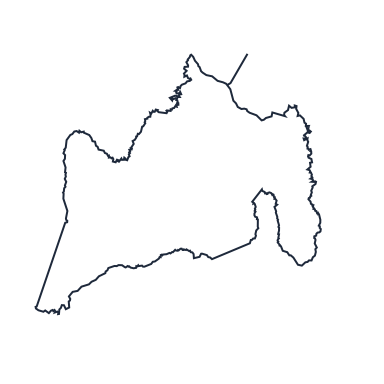 the district of Mufumbwe, North-Western, Zambia, rotated 101°
{"feature_id": "96606910B54849868159577", "entity_name": "Mufumbwe", "entity_type": "district", "adm_level": 2, "iso_a3": "ZMB", "parent_name": "Zambia", "parent_adm1": "North-Western", "projection": "orthographic", "projection_center": [25.2, -13.766], "detail": "fine", "context": "isolated", "style": "outline", "palette": "slate", "viewbox_px": 384, "rotation_deg": 101, "n_neighbors": 0, "source": "geoboundaries", "source_scale": "gbopen_adm2", "svg_char_len": 5953}
<svg xmlns="http://www.w3.org/2000/svg" viewBox="0 0 384 384"><g transform="rotate(101 192 192)"><path d="M59.1,216.6L57.4,219.0L58.1,219.7L60.2,220.0L62.7,221.5L63.4,221.1L65.6,222.3L68.4,220.0L69.7,219.8L70.6,223.1L72.5,223.3L74.1,220.4L77.3,222.5L78.4,221.7L80.3,221.5L78.6,219.2L80.9,217.7L81.4,216.1L80.8,215.2L82.0,214.2L83.4,215.4L84.3,217.9L86.6,219.1L88.6,222.4L90.1,223.4L92.3,223.6L91.6,225.6L92.1,226.3L94.3,225.0L94.4,226.2L95.9,227.7L95.9,226.3L97.3,226.5L98.2,225.9L97.7,223.6L96.0,222.7L98.1,221.3L98.9,223.2L100.2,223.1L101.1,222.2L101.5,224.2L100.7,224.5L100.7,227.0L103.8,231.7L105.9,229.0L104.0,229.0L104.5,228.1L103.0,226.0L102.9,224.5L104.7,225.0L104.9,223.9L106.2,223.3L107.5,223.6L107.4,222.4L109.0,222.0L109.7,224.1L111.2,223.3L111.1,224.9L113.0,225.6L113.6,227.2L115.0,227.5L114.9,228.7L116.5,228.5L116.7,232.3L117.1,232.6L117.9,231.5L119.5,232.0L120.0,239.9L119.1,241.5L118.1,241.2L118.0,243.3L120.4,243.9L120.6,245.0L119.8,246.0L122.7,246.9L122.2,248.3L124.1,247.4L126.1,247.3L126.4,248.7L127.6,250.0L128.5,249.8L129.5,252.1L131.3,251.4L132.6,251.8L133.4,251.0L136.8,252.4L137.4,253.4L142.6,253.6L145.2,255.1L145.2,256.3L147.7,256.5L148.2,257.4L149.2,257.1L151.7,258.1L153.3,260.0L155.9,258.4L159.6,260.0L160.5,259.5L160.7,260.4L161.8,259.6L162.5,261.5L163.8,260.5L165.8,261.7L165.2,260.8L165.6,260.3L167.1,261.2L168.9,260.1L169.9,261.1L173.2,261.7L173.0,263.6L171.9,263.7L171.2,265.0L173.4,265.0L173.8,266.9L172.6,267.7L176.2,269.5L176.0,270.2L174.9,269.9L174.6,271.8L177.4,272.6L177.2,275.5L174.7,275.5L173.5,276.5L174.3,277.5L173.5,278.6L174.1,280.2L172.1,280.5L172.5,281.4L170.7,282.8L170.3,285.0L168.3,286.5L168.2,291.8L165.6,293.3L164.9,295.1L161.1,296.8L161.1,299.4L158.2,301.1L155.7,303.7L154.4,309.5L153.4,309.8L154.5,312.2L153.4,314.2L155.3,314.3L154.2,316.9L155.1,319.1L158.0,320.5L159.2,322.3L165.0,325.0L172.6,324.4L174.7,325.5L175.1,324.9L178.5,325.6L180.0,323.6L183.7,323.1L186.1,324.1L192.0,320.8L196.9,320.4L197.2,319.4L199.3,319.5L200.8,318.8L203.4,319.4L206.0,317.4L209.8,318.0L211.0,317.2L212.7,318.2L216.1,317.9L217.2,318.5L218.1,317.7L223.1,317.0L234.4,310.7L242.0,310.7L243.3,310.2L244.1,308.9L245.5,308.8L246.4,310.6L334.0,322.6L334.6,323.6L336.1,323.0L337.4,320.2L337.9,315.0L336.3,313.5L338.2,309.4L335.4,307.8L334.4,306.3L335.4,305.4L334.1,304.4L335.5,303.1L336.3,303.4L335.1,301.4L336.1,300.1L337.4,300.1L337.1,299.3L332.6,299.8L330.8,298.6L327.9,298.2L327.6,296.1L331.1,293.5L328.8,290.5L323.0,292.1L321.8,291.1L320.2,291.1L318.0,292.9L312.8,290.1L310.9,285.4L306.0,282.4L302.3,275.5L299.3,273.5L296.6,269.7L292.5,267.3L288.2,261.6L286.5,261.6L285.0,260.1L282.6,259.6L279.4,254.0L279.1,251.7L277.8,250.2L277.2,246.7L278.6,243.6L278.7,242.7L277.0,241.1L277.4,240.2L276.9,239.7L277.9,237.9L278.0,234.7L277.1,232.4L275.4,232.5L275.5,231.5L274.2,230.8L274.9,230.2L273.8,227.0L274.6,225.9L274.4,224.5L270.4,218.3L268.0,217.2L267.3,215.2L263.7,211.8L262.1,211.4L262.0,210.3L259.8,210.6L259.3,209.8L259.8,209.0L258.9,208.5L257.9,205.1L256.1,202.5L256.4,201.4L254.7,200.0L254.7,199.2L252.0,197.5L252.5,196.7L252.4,195.1L251.6,194.7L251.9,194.0L249.9,192.5L249.6,191.3L250.7,190.2L250.5,189.1L249.9,189.0L250.1,186.8L249.4,186.4L250.5,183.6L250.0,182.7L251.3,181.8L251.2,180.1L252.6,178.6L256.6,177.5L254.2,172.2L250.9,171.3L250.6,170.5L251.1,165.4L252.8,163.6L252.8,161.7L254.1,159.6L231.3,125.4L227.9,125.1L227.5,123.9L226.0,123.1L225.6,121.4L222.7,120.9L221.3,121.7L217.5,121.6L214.9,120.0L213.6,120.8L206.4,122.1L206.3,123.1L204.5,123.3L204.2,125.3L202.9,126.3L201.1,126.6L199.2,125.9L198.6,126.9L197.3,126.5L196.5,127.1L194.5,126.6L191.8,128.1L191.2,128.8L191.7,129.5L190.8,129.5L190.1,131.0L176.1,123.9L177.5,123.3L178.1,120.7L179.4,120.0L179.0,119.1L179.8,118.3L179.5,117.5L178.3,117.2L177.6,115.8L178.0,113.9L179.5,112.7L178.8,112.3L179.0,111.5L181.6,110.4L181.5,109.7L183.0,109.7L182.8,109.0L184.3,107.3L187.7,107.6L188.2,106.0L190.9,108.2L194.9,105.7L196.2,105.8L200.2,103.5L201.6,103.4L202.9,102.2L203.6,102.5L208.1,100.2L209.8,100.5L210.4,99.7L213.4,99.2L216.8,99.4L216.9,98.5L220.6,98.5L221.0,97.9L222.5,98.7L223.5,98.7L224.2,97.8L225.2,98.2L227.3,95.6L227.9,95.8L228.3,94.3L232.4,91.7L232.9,87.0L235.6,84.4L235.3,83.0L237.0,80.0L243.2,74.1L243.3,70.1L239.4,67.3L238.6,65.2L236.8,64.1L236.4,61.6L233.0,60.9L231.0,59.2L227.2,59.0L224.6,60.0L222.7,58.9L219.1,61.7L215.5,61.6L214.1,62.4L213.9,63.2L212.2,63.5L211.1,61.8L209.2,61.9L207.9,61.0L207.3,59.3L206.2,58.4L203.8,58.5L202.8,59.8L201.3,60.0L200.9,61.1L197.8,60.2L194.8,60.7L189.8,63.0L189.0,63.8L189.4,64.1L188.4,64.5L188.9,65.2L187.0,66.3L187.0,67.4L185.6,68.1L185.4,69.5L184.7,69.2L183.6,70.4L181.9,70.4L182.2,71.3L181.3,71.5L180.9,73.0L178.8,73.8L176.9,76.3L175.7,76.2L175.0,75.0L173.9,75.1L173.0,74.2L172.3,74.8L169.4,74.3L168.1,75.2L164.6,74.4L163.5,75.0L160.6,72.3L158.3,72.2L158.0,73.3L158.8,74.0L159.1,76.4L158.0,75.2L156.4,76.0L156.3,78.2L154.7,76.7L153.5,77.9L152.2,77.6L150.3,78.9L150.4,80.1L149.1,79.9L148.1,80.8L147.9,83.0L144.6,80.4L140.8,81.7L140.0,79.8L136.8,81.1L136.1,84.1L134.9,84.9L133.6,84.8L133.7,83.5L131.6,82.2L129.6,82.7L129.3,83.5L128.8,83.1L127.3,83.9L128.2,85.5L127.2,86.1L127.3,86.9L125.4,87.2L124.8,88.0L120.6,87.5L119.0,88.7L117.3,88.8L119.7,91.8L118.2,92.6L118.1,91.2L116.4,90.6L115.1,92.2L115.6,93.4L111.5,90.1L111.6,87.8L110.0,86.9L109.2,88.4L110.4,89.9L107.4,89.9L108.6,90.7L106.5,92.0L105.0,90.8L105.4,92.9L103.2,93.1L102.5,94.8L98.9,96.4L96.2,100.7L97.2,102.8L94.1,102.7L90.5,105.6L87.7,105.8L87.5,107.6L89.2,107.1L90.4,110.3L88.8,113.2L93.3,113.4L96.5,116.4L98.9,116.3L99.8,115.2L98.6,128.3L102.6,128.3L105.2,133.5L107.4,135.3L108.4,137.3L104.4,143.3L103.2,150.6L102.0,153.2L100.4,154.2L100.2,156.6L101.1,159.3L99.8,163.3L96.6,165.7L94.5,168.8L83.8,174.0L80.3,177.9L77.8,175.0L45.8,163.9L77.8,175.0L80.3,177.9L79.2,179.2L78.4,182.5L78.0,188.1L74.6,194.3L74.5,200.2L72.8,204.3L71.7,206.1L67.9,208.4L67.3,209.7L65.4,210.5L62.6,214.1L59.1,216.6Z" fill="none" stroke="#1e293b" stroke-width="2"/></g></svg>